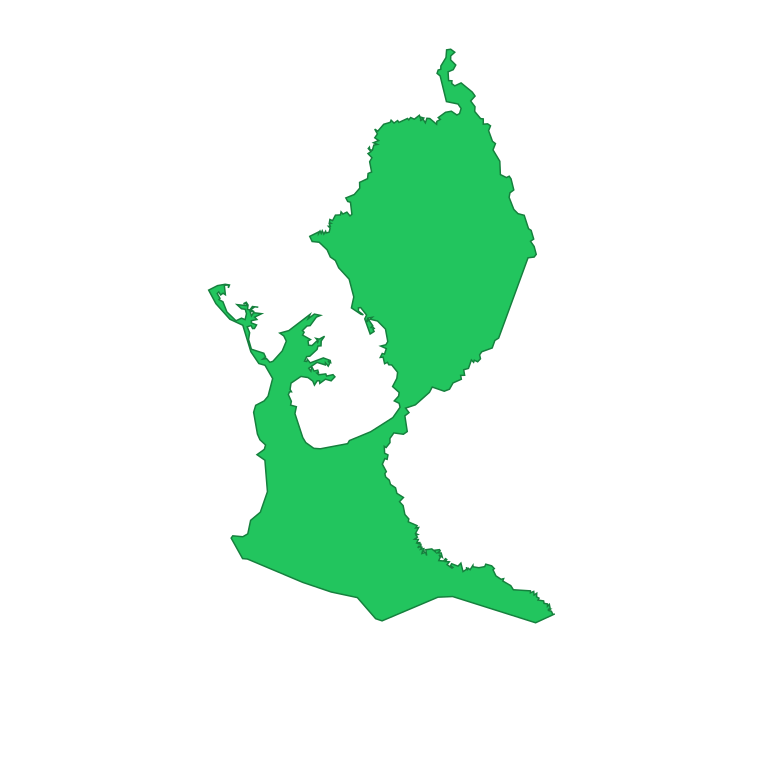 Turbo, Antioquia, Colombia, rotated 336°
{"feature_id": "7082276B90132082814174", "entity_name": "Turbo", "entity_type": "district", "adm_level": 2, "iso_a3": "COL", "parent_name": "Colombia", "parent_adm1": "Antioquia", "projection": "orthographic", "projection_center": [-76.668, 7.972], "detail": "fine", "context": "isolated", "style": "filled", "palette": "green", "viewbox_px": 768, "rotation_deg": 336, "n_neighbors": 0, "source": "geoboundaries", "source_scale": "gbopen_adm2", "svg_char_len": 6147}
<svg xmlns="http://www.w3.org/2000/svg" viewBox="0 0 768 768"><g transform="rotate(336 384 384)"><path d="M355.6,495.6L351.3,489.1L352.3,483.6L349.1,478.4L349.7,473.9L347.7,469.6L348.3,466.2L350.5,465.0L349.9,456.6L354.4,452.5L356.2,454.1L358.8,450.4L356.4,447.5L358.9,441.1L360.1,442.9L365.6,440.0L367.2,436.2L373.1,432.7L381.3,437.8L385.9,436.9L390.1,421.6L395.2,420.3L393.9,414.8L404.2,415.8L422.1,410.1L426.8,406.4L436.1,415.1L441.7,415.4L447.5,411.1L456.6,411.1L457.5,407.3L461.2,408.8L462.6,403.4L467.5,404.1L473.6,397.6L474.7,400.6L476.2,399.0L478.6,401.8L482.4,400.2L483.2,396.2L486.5,394.3L497.5,395.1L503.0,389.3L507.4,388.7L566.9,327.3L572.8,329.1L575.8,327.5L577.1,319.4L575.9,313.2L579.7,312.5L580.9,303.5L579.2,300.9L580.7,286.9L575.7,282.9L573.6,277.3L574.2,264.4L576.8,260.6L581.5,259.5L583.5,248.3L582.9,245.1L579.8,245.2L575.5,240.0L580.4,227.6L578.8,214.5L583.6,209.7L581.8,206.4L582.6,195.1L586.3,191.5L584.5,188.5L580.4,187.0L582.5,182.2L580.2,180.8L577.7,171.9L579.9,167.7L578.3,160.7L584.3,158.0L583.4,153.3L576.9,140.3L569.9,140.4L568.1,137.1L569.4,134.6L566.4,133.1L569.5,124.9L575.1,125.0L579.3,121.8L576.7,115.0L578.4,111.4L583.6,109.7L581.1,105.3L577.1,104.2L573.4,111.0L565.3,116.6L563.9,119.6L561.2,119.2L558.8,121.8L560.6,125.4L555.9,151.4L565.5,158.3L566.5,163.7L563.0,167.7L560.0,167.9L556.5,162.2L550.7,160.8L541.9,162.7L543.1,165.2L539.1,165.6L537.7,168.1L533.8,160.1L531.3,158.7L528.0,162.2L527.4,157.9L524.0,158.4L528.5,157.2L526.3,155.3L525.3,156.4L525.6,152.9L519.4,154.4L516.7,151.4L514.1,152.8L513.5,151.0L504.0,151.1L503.6,148.9L499.3,149.7L497.8,145.9L496.1,147.5L489.4,146.6L481.2,150.5L479.2,147.4L479.7,152.9L475.7,155.3L478.1,159.4L472.5,159.3L475.4,162.4L471.9,161.6L468.5,165.7L466.3,164.2L467.0,161.7L465.4,162.5L466.7,166.4L463.1,167.0L465.0,172.4L461.3,175.1L458.9,185.3L455.1,185.2L452.5,189.7L443.7,189.9L441.5,195.2L433.9,198.8L424.8,198.5L425.1,202.5L427.3,204.3L423.7,215.9L421.3,216.6L420.0,211.9L415.6,212.0L414.8,209.3L413.0,211.8L408.3,210.0L403.5,213.8L401.5,211.7L399.8,214.3L400.9,215.6L399.2,215.3L399.1,218.0L397.4,217.3L398.2,219.7L395.6,223.0L392.6,222.5L392.8,220.7L390.0,222.6L389.9,218.9L387.9,220.9L387.8,218.2L385.3,220.0L386.0,218.5L376.2,218.9L376.3,224.6L382.4,228.1L386.6,238.3L386.6,246.1L389.8,251.4L389.9,259.5L394.8,274.1L391.8,292.2L385.2,301.2L391.2,310.8L393.3,312.4L390.3,307.1L391.6,304.1L393.8,304.7L396.1,313.9L392.9,316.7L391.7,332.7L396.3,332.0L396.2,329.2L397.6,329.3L396.9,326.9L394.4,327.4L397.4,326.1L396.1,318.9L394.5,320.0L394.3,319.4L394.0,319.9L393.9,319.8L393.8,319.5L396.0,317.2L400.4,318.3L397.7,319.2L403.7,323.8L407.7,334.4L404.7,346.8L401.7,348.9L396.4,348.0L400.5,352.6L396.6,356.9L394.8,355.4L391.4,358.2L394.1,359.1L392.8,365.7L396.0,365.6L396.2,368.4L398.8,369.7L401.2,378.8L398.0,384.1L390.8,389.8L394.4,397.9L392.4,401.0L386.5,403.6L390.0,407.8L389.2,411.8L378.4,418.3L352.4,422.2L329.4,421.6L326.5,423.7L299.5,417.3L293.7,414.2L288.7,405.7L288.0,399.8L290.6,374.8L294.7,369.1L290.1,365.3L292.3,362.2L292.3,354.8L294.5,352.7L296.3,353.5L296.0,350.7L299.4,345.4L311.2,343.3L317.2,347.2L320.1,352.4L320.0,356.7L324.3,353.9L326.4,354.8L325.6,357.3L332.5,355.8L337.0,359.6L342.1,357.5L341.2,354.7L334.8,353.4L334.9,351.1L328.1,349.0L327.1,346.7L328.7,347.2L329.1,344.4L325.4,343.7L325.0,338.9L322.4,342.5L321.6,339.0L331.6,337.0L338.1,342.7L339.1,340.8L340.3,345.0L343.1,342.8L342.0,340.3L344.0,342.6L344.4,340.6L339.2,335.5L325.2,334.7L324.0,330.3L322.5,332.0L320.7,330.8L324.5,327.5L327.6,328.4L336.9,325.2L339.1,322.5L342.0,323.5L344.1,319.2L349.1,316.2L343.1,316.7L340.4,314.7L341.4,318.0L340.4,319.0L340.4,317.3L333.9,319.6L330.9,317.9L332.1,313.8L334.9,313.5L329.5,306.2L332.1,304.2L331.2,302.0L337.2,299.7L340.3,300.6L349.4,295.4L353.9,295.5L348.8,291.8L341.2,293.6L344.8,290.3L318.8,296.5L309.5,295.1L312.0,299.3L312.2,305.1L304.5,312.4L291.7,318.1L288.5,317.7L287.0,313.0L283.5,312.0L286.8,311.2L286.7,307.0L277.0,298.3L278.4,288.2L282.1,282.5L282.3,276.1L286.3,276.5L286.5,279.9L288.2,280.6L291.6,278.2L287.6,274.2L288.6,272.2L294.1,273.4L293.0,270.3L300.8,270.0L293.8,265.8L290.6,267.9L291.2,263.2L294.9,265.2L292.4,262.0L297.3,260.9L300.4,262.7L295.3,259.7L291.6,261.8L289.6,260.3L291.9,256.6L291.4,253.3L288.3,253.5L291.1,254.7L290.8,256.8L282.0,251.7L284.4,257.3L287.6,259.3L287.0,263.8L283.3,268.7L280.6,265.9L274.5,266.0L269.8,254.3L270.3,243.3L267.5,239.8L269.0,239.0L268.4,233.5L270.4,232.7L271.0,236.2L273.9,235.6L275.4,237.9L278.3,228.8L282.3,230.4L280.9,232.9L283.1,230.7L279.5,228.3L271.9,226.4L262.0,226.9L263.1,242.2L269.5,262.1L278.9,272.9L275.5,300.4L278.0,314.4L282.9,318.5L284.5,333.7L273.1,348.0L267.6,350.7L258.1,351.3L253.4,356.8L248.0,378.3L248.0,384.5L251.0,391.5L248.1,395.0L239.2,396.9L244.2,405.2L233.7,435.0L218.9,450.8L206.7,454.3L198.6,465.5L192.9,466.1L184.1,461.2L181.7,462.6L183.8,486.0L188.0,488.3L229.1,532.2L251.1,552.5L272.8,568.3L280.9,595.0L285.9,599.6L346.6,600.7L360.3,606.1L425.4,663.8L446.5,663.5L444.5,663.3L444.5,659.7L442.4,658.0L444.1,657.5L441.9,656.8L444.5,656.5L445.4,652.6L442.9,653.6L443.9,651.4L441.0,649.5L441.6,647.1L436.8,644.0L438.5,642.7L436.8,640.5L438.4,637.3L435.3,637.8L436.4,634.4L432.8,634.3L433.6,632.5L418.5,624.6L417.8,619.8L412.4,612.3L414.1,610.5L411.5,610.0L408.2,604.8L408.0,598.0L409.7,597.5L408.4,593.9L403.7,590.0L401.7,591.8L395.9,590.4L391.0,587.2L391.5,585.8L387.1,588.7L386.1,586.7L384.8,587.4L384.9,584.9L384.0,586.9L379.9,587.5L381.4,578.9L377.5,580.5L372.7,575.7L370.8,577.1L372.4,579.6L371.2,579.8L368.1,574.7L371.3,573.0L367.8,571.1L369.9,569.9L369.2,568.6L366.4,569.9L362.2,567.6L365.0,565.1L364.8,562.5L366.8,566.0L367.5,561.6L364.4,560.1L367.5,559.3L367.3,557.9L362.8,556.5L362.7,558.2L360.6,554.1L354.8,552.4L353.2,558.1L353.5,554.7L349.7,554.3L351.3,552.2L352.5,553.4L353.5,550.6L350.2,549.9L352.2,548.6L349.5,546.8L348.2,547.7L349.5,546.4L351.7,547.3L352.5,545.4L350.5,543.8L352.8,543.6L349.3,542.4L352.1,540.0L348.8,538.2L352.2,537.5L351.7,534.9L353.6,535.2L352.0,533.3L357.2,529.2L354.3,528.4L356.6,526.9L350.1,519.7L351.8,517.4L350.0,511.7L352.0,502.9L350.3,497.8L355.6,495.6Z" fill="#22c55e" stroke="#15803d" stroke-width="1.5"/></g></svg>